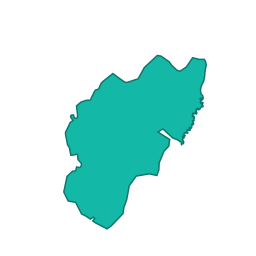 Tarmuwa, Yobe, Nigeria, rotated 121°
{"feature_id": "59680162B67238968218645", "entity_name": "Tarmuwa", "entity_type": "district", "adm_level": 2, "iso_a3": "NGA", "parent_name": "Nigeria", "parent_adm1": "Yobe", "projection": "orthographic", "projection_center": [11.647, 12.245], "detail": "fine", "context": "isolated", "style": "filled", "palette": "teal", "viewbox_px": 256, "rotation_deg": 121, "n_neighbors": 0, "source": "geoboundaries", "source_scale": "gbopen_adm2", "svg_char_len": 4783}
<svg xmlns="http://www.w3.org/2000/svg" viewBox="0 0 256 256"><g transform="rotate(121 128 128)"><path d="M112.5,175.6L120.7,175.0L123.0,174.6L124.0,175.2L125.4,177.6L128.6,180.5L130.2,181.7L135.5,183.5L138.3,181.5L142.4,178.2L145.0,176.8L146.1,176.9L146.7,178.3L147.1,179.2L144.9,181.3L145.9,183.0L146.4,183.3L147.0,183.3L148.0,183.0L150.0,179.0L152.0,179.9L153.3,180.4L154.0,180.3L154.3,180.3L155.6,180.1L157.5,179.9L158.1,179.8L163.8,179.4L165.8,178.1L173.7,171.0L174.4,169.4L175.1,168.1L176.6,166.7L180.8,163.0L178.9,160.4L176.6,158.2L177.2,157.2L180.8,154.6L182.3,150.0L183.7,148.7L186.6,148.7L187.9,152.0L191.0,150.9L192.4,151.6L193.7,153.3L200.9,155.3L215.9,150.1L221.4,141.6L218.7,134.6L225.6,123.5L225.2,119.2L225.5,113.4L222.3,111.7L222.6,109.9L225.8,110.4L226.1,107.5L225.2,94.0L220.3,91.9L203.9,88.2L198.3,90.6L190.5,92.1L183.2,94.8L176.9,97.2L165.0,96.2L156.4,86.3L153.8,78.8L148.0,80.0L141.9,83.3L129.3,85.2L122.6,83.7L116.4,86.3L116.0,100.3L112.4,98.4L111.3,97.9L110.9,97.4L113.5,84.5L112.5,78.8L113.0,76.5L112.6,75.9L112.4,75.1L112.5,74.9L114.3,74.1L114.6,73.7L114.3,73.7L114.2,73.7L113.8,73.4L113.6,73.4L113.5,73.1L113.3,72.9L113.2,72.7L112.9,72.5L112.6,72.5L112.1,72.8L112.0,73.0L111.8,73.1L111.7,73.0L111.3,73.0L111.2,73.1L110.9,73.3L110.7,73.8L110.6,74.0L110.7,74.3L110.7,74.7L110.4,75.0L110.0,75.1L109.7,75.1L109.3,75.3L109.0,75.6L108.3,75.9L107.9,76.0L107.5,76.5L107.0,76.8L106.9,76.9L106.7,76.8L106.6,76.7L106.8,76.5L107.1,76.5L107.1,76.4L106.9,76.2L106.8,75.8L106.9,75.7L107.1,75.6L107.3,75.6L107.5,75.6L107.8,75.5L107.8,75.3L107.8,75.1L107.7,75.0L107.6,74.9L107.4,74.9L107.1,75.2L106.9,75.3L106.5,75.5L106.3,75.6L105.7,75.2L105.4,75.1L105.0,75.2L104.9,75.3L104.9,75.5L104.9,75.8L104.9,76.0L104.9,76.3L104.8,76.5L104.6,76.8L104.3,77.0L103.9,77.1L103.4,77.2L102.9,77.2L102.7,77.0L102.6,76.8L102.7,76.5L102.7,76.3L102.7,76.1L102.3,75.8L102.1,75.7L101.9,75.5L101.9,75.3L101.9,75.1L102.0,74.8L101.9,74.5L101.7,74.3L101.5,74.2L101.3,74.3L101.2,74.4L101.1,74.6L100.9,75.4L100.6,75.8L100.2,75.9L99.9,76.0L99.6,76.1L99.3,76.1L98.8,76.2L98.6,75.9L99.0,75.2L99.0,74.9L98.9,74.6L98.7,74.4L98.2,74.2L98.0,73.7L97.8,73.7L97.6,73.7L97.3,73.8L97.2,74.1L96.9,74.8L96.7,75.2L96.3,75.7L95.9,75.7L95.7,75.5L95.5,75.0L95.6,74.8L95.8,74.6L95.8,74.1L95.6,73.7L95.2,73.6L94.8,73.7L94.5,73.9L93.2,74.4L92.7,74.6L92.5,74.8L92.6,75.0L92.6,75.3L92.3,75.4L92.1,75.4L92.0,75.2L92.0,74.9L91.8,74.8L91.7,74.7L91.8,74.5L91.9,74.3L91.8,74.1L91.6,73.9L91.4,73.9L91.1,74.0L90.9,74.1L90.5,74.0L90.4,74.1L90.5,74.4L90.6,74.5L90.8,74.6L90.9,74.8L90.7,75.0L90.2,75.1L89.9,75.0L89.5,75.1L89.2,75.1L88.9,75.4L88.7,75.6L88.7,75.8L88.7,76.0L88.8,76.2L88.7,76.4L88.4,76.4L88.2,76.3L88.2,76.1L88.2,75.8L88.3,75.7L88.0,75.3L87.8,75.2L87.6,75.2L87.2,75.5L87.0,75.9L86.7,76.1L86.4,76.2L86.1,76.2L85.9,76.1L85.6,76.1L85.5,76.4L85.5,76.6L85.4,76.9L85.3,77.0L84.8,76.9L84.7,76.9L84.4,76.9L84.1,77.1L84.0,77.6L84.0,77.8L84.4,77.8L84.7,77.9L84.8,78.0L84.8,78.5L84.9,78.8L84.7,78.9L84.4,79.0L83.9,79.3L83.5,79.4L83.1,79.5L82.8,79.4L82.5,79.5L82.0,80.0L81.7,79.8L81.6,79.7L81.6,79.3L81.7,79.2L81.9,79.1L81.8,78.7L81.7,78.5L81.5,78.3L81.3,78.2L80.7,78.1L80.5,77.9L80.5,77.7L80.8,77.3L80.9,77.1L80.9,76.7L80.7,76.6L80.2,76.5L79.9,76.8L79.4,77.0L79.2,77.3L79.3,77.4L79.5,77.6L79.6,77.9L79.5,78.1L79.5,78.3L79.3,78.5L79.0,78.5L78.8,78.4L78.5,78.2L78.2,78.2L77.7,78.3L77.5,78.6L77.3,78.7L77.1,78.8L76.7,79.1L76.4,79.2L76.4,78.8L76.3,78.6L76.2,78.4L75.8,78.6L75.6,78.6L75.4,78.5L75.2,78.4L75.1,78.1L75.7,77.8L75.9,77.7L76.2,77.4L76.2,77.2L75.8,77.2L75.6,77.1L75.5,76.9L75.5,76.7L75.4,76.4L75.0,76.2L74.7,76.2L74.4,76.2L74.0,76.2L73.7,76.2L73.2,76.1L72.0,75.9L71.7,75.7L71.4,75.3L71.5,75.1L71.4,75.0L71.2,74.9L71.1,75.0L70.9,75.3L70.7,75.5L70.4,75.7L70.2,75.6L70.2,75.4L70.0,75.6L70.2,75.8L70.4,76.1L70.4,76.3L70.1,76.5L69.8,76.6L69.5,76.5L69.4,76.6L69.3,76.8L69.0,76.9L68.8,76.9L68.7,76.8L68.4,76.7L68.2,76.7L67.9,76.6L67.7,76.7L67.6,76.9L67.6,77.0L67.8,77.2L68.1,77.3L68.2,77.5L68.5,77.6L68.9,77.4L69.2,77.5L69.3,77.8L69.2,78.0L69.3,78.2L69.3,78.3L69.2,78.5L68.8,78.6L68.6,78.6L68.4,78.7L68.3,78.9L68.5,79.3L68.1,79.5L67.8,79.2L67.3,79.2L66.9,79.4L66.8,79.2L66.4,79.1L65.8,79.4L65.8,79.8L66.0,80.0L66.1,80.4L66.3,80.6L66.2,80.9L65.9,81.4L65.6,81.3L65.3,81.1L64.9,81.0L64.6,80.5L64.6,80.0L64.6,79.7L64.9,79.5L65.1,79.2L65.2,78.8L64.9,78.7L63.6,79.0L62.3,80.1L61.8,80.8L61.5,81.6L61.0,83.2L59.7,84.2L58.3,85.3L55.8,86.4L52.0,87.1L49.4,87.1L44.3,88.9L40.2,91.0L36.8,92.3L33.6,93.4L32.3,94.6L30.8,96.2L29.9,98.0L32.5,102.4L34.5,108.8L45.6,109.4L52.6,112.7L53.3,115.8L51.8,122.8L50.0,126.8L49.4,136.7L49.6,137.4L50.7,140.2L65.5,144.5L67.8,145.1L80.7,144.7L89.3,152.2L90.4,154.3L89.6,164.6L89.1,169.0L101.4,173.6L103.4,174.1L107.6,173.5L109.8,173.3L112.5,175.6Z" fill="#14b8a6" stroke="#0f766e" stroke-width="1.5"/></g></svg>